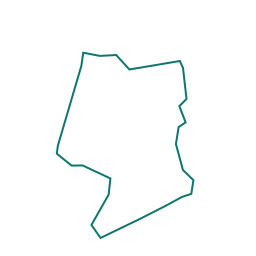 outline of Sinajana, Guam, rotated 243°
{"feature_id": "77769853B28089182733682", "entity_name": "Sinajana", "entity_type": "district", "adm_level": 2, "iso_a3": "GUM", "parent_name": "Guam", "parent_adm1": "", "projection": "natural_earth1", "projection_center": [144.76, 13.46], "detail": "fine", "context": "isolated", "style": "outline", "palette": "teal", "viewbox_px": 256, "rotation_deg": 243, "n_neighbors": 0, "source": "geoboundaries", "source_scale": "gbopen_adm2", "svg_char_len": 468}
<svg xmlns="http://www.w3.org/2000/svg" viewBox="0 0 256 256"><g transform="rotate(243 128 128)"><path d="M42.5,53.6L41.6,97.8L41.6,127.2L42.1,144.8L40.6,154.5L51.8,162.6L65.7,157.9L91.9,163.4L105.8,173.5L106.9,181.9L124.2,183.7L127.3,193.3L156.6,204.3L164.2,204.6L179.5,155.8L198.4,150.6L205.0,135.7L215.4,122.3L204.6,114.7L144.1,57.5L137.5,52.9L120.2,60.6L115.2,70.6L91.0,89.4L77.5,80.6L58.2,51.4L42.5,53.6Z" fill="none" stroke="#0f766e" stroke-width="2"/></g></svg>